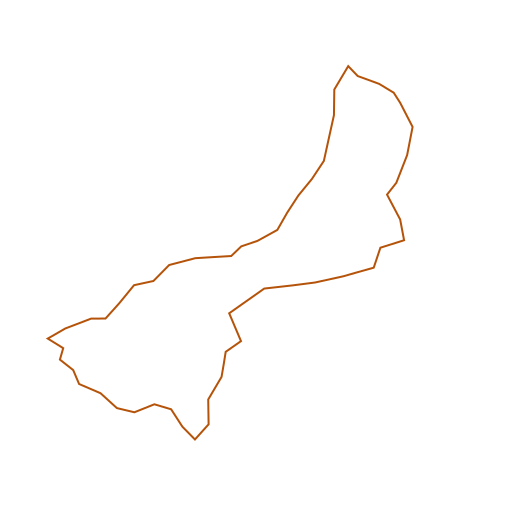 outline of Karavostasi, Cyprus, rotated 312°
{"feature_id": "46923920B41676558074930", "entity_name": "Karavostasi", "entity_type": "district", "adm_level": 2, "iso_a3": "CYP", "parent_name": "Cyprus", "parent_adm1": "", "projection": "robinson", "projection_center": [32.819, 35.141], "detail": "fine", "context": "isolated", "style": "outline", "palette": "amber", "viewbox_px": 512, "rotation_deg": 312, "n_neighbors": 0, "source": "geoboundaries", "source_scale": "gbopen_adm2", "svg_char_len": 859}
<svg xmlns="http://www.w3.org/2000/svg" viewBox="0 0 512 512"><g transform="rotate(312 256 256)"><path d="M182.7,301.8L195.5,274.4L237.3,283.9L258.7,302.9L275.8,317.6L299.4,334.5L311.4,342.0L326.1,351.3L345.4,342.9L366.8,355.5L379.6,338.7L389.3,312.3L404.3,311.3L432.1,300.8L456.7,286.0L466.3,260.7L469.5,249.1L466.3,232.3L457.8,211.2L458.8,197.5L432.1,202.8L412.8,219.7L392.5,231.2L372.1,242.8L350.7,246.0L329.3,247.0L309.0,250.2L289.7,254.4L268.3,247.0L253.3,238.6L239.4,237.6L224.4,222.8L213.7,212.3L200.9,203.9L191.2,197.5L168.8,196.5L152.7,184.9L129.2,186.0L108.8,186.0L99.2,175.4L74.6,162.8L55.3,156.5L58.5,174.4L47.8,179.6L48.9,196.5L42.5,210.2L50.0,232.3L49.9,254.4L58.5,270.2L77.8,279.7L85.3,295.5L79.9,315.5L78.8,333.4L99.2,333.4L117.4,316.5L143.1,311.3L154.8,303.9L164.5,297.6L182.7,301.8Z" fill="none" stroke="#b45309" stroke-width="2"/></g></svg>